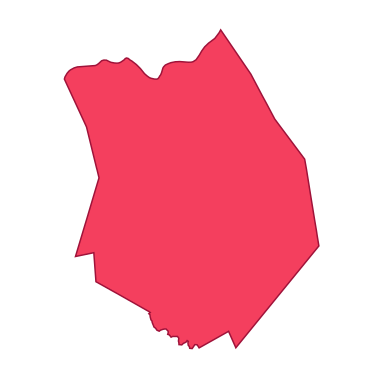 the district of Corrente, Piauí, Brazil, rotated 85°
{"feature_id": "56859067B28200345020958", "entity_name": "Corrente", "entity_type": "district", "adm_level": 2, "iso_a3": "BRA", "parent_name": "Brazil", "parent_adm1": "Piauí", "projection": "mercator", "projection_center": [-45.151, -10.393], "detail": "fine", "context": "isolated", "style": "filled", "palette": "rose", "viewbox_px": 384, "rotation_deg": 85, "n_neighbors": 0, "source": "geoboundaries", "source_scale": "gbopen_adm2", "svg_char_len": 1664}
<svg xmlns="http://www.w3.org/2000/svg" viewBox="0 0 384 384"><g transform="rotate(85 192 192)"><path d="M351.0,161.9L298.2,110.6L283.2,96.0L256.8,70.3L246.5,71.1L241.5,71.4L230.2,72.3L208.6,73.9L179.2,76.0L169.1,76.9L126.6,103.2L109.8,110.3L101.8,113.8L79.7,123.1L33.0,149.3L35.7,151.1L41.0,155.9L45.1,162.5L48.5,166.7L52.3,170.0L56.3,172.8L60.6,176.4L62.3,179.6L62.6,181.5L62.4,184.4L61.0,192.8L60.9,195.6L60.8,197.0L61.3,201.7L62.2,204.8L63.2,207.5L64.9,209.4L66.0,210.2L70.4,211.9L72.7,213.1L73.7,214.1L75.0,214.9L76.2,216.1L76.5,217.5L76.2,219.6L75.1,223.0L74.3,224.5L72.7,226.4L70.0,229.0L64.6,232.6L60.2,236.3L56.2,240.6L55.2,242.1L53.4,243.9L52.8,245.5L53.2,246.8L54.5,248.2L55.7,250.3L56.6,252.0L57.1,253.9L57.1,255.6L56.7,258.1L55.7,261.6L53.2,265.8L52.9,268.4L53.4,270.6L55.9,273.8L57.0,275.6L57.6,277.3L57.4,295.3L58.1,298.6L59.7,302.3L60.8,304.0L62.9,306.1L66.3,308.5L68.4,309.3L114.1,292.8L118.1,291.4L160.3,284.9L161.8,284.6L169.8,283.4L182.9,288.6L206.2,297.8L246.1,313.7L243.9,295.1L273.0,295.5L285.9,276.5L307.3,245.4L308.4,244.1L309.5,245.6L310.6,244.6L313.0,244.5L315.8,244.0L317.1,243.1L318.6,243.0L320.3,242.5L321.8,242.0L323.1,241.7L324.6,240.1L326.6,239.0L327.8,236.8L326.9,235.4L326.3,233.0L326.1,231.5L326.2,229.8L328.6,227.9L330.2,228.0L331.7,228.6L332.4,227.0L334.8,225.5L334.2,223.8L334.4,222.0L334.6,219.1L336.5,217.9L339.3,218.5L341.2,218.2L342.9,218.3L343.4,215.5L342.0,213.7L341.6,212.4L340.8,210.7L339.6,209.8L340.5,208.7L341.9,209.2L344.4,209.1L345.8,208.1L347.5,207.9L348.0,205.5L346.1,203.9L344.3,202.5L344.6,200.3L346.3,199.3L347.9,198.5L334.0,167.7L351.0,161.9Z" fill="#f43f5e" stroke="#9f1239" stroke-width="1.5"/></g></svg>